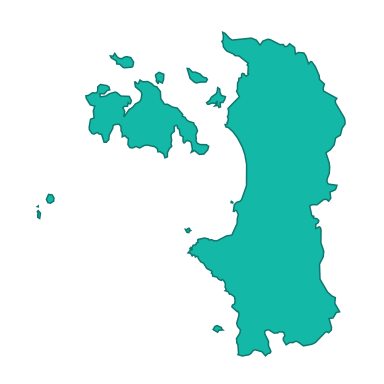 outline of Nha Trang, Khánh Hòa, Vietnam, rotated 183°
{"feature_id": "81297802B68033195953544", "entity_name": "Nha Trang", "entity_type": "district", "adm_level": 2, "iso_a3": "VNM", "parent_name": "Vietnam", "parent_adm1": "Khánh Hòa", "projection": "robinson", "projection_center": [109.244, 12.261], "detail": "fine", "context": "isolated", "style": "filled", "palette": "teal", "viewbox_px": 384, "rotation_deg": 183, "n_neighbors": 0, "source": "geoboundaries", "source_scale": "gbopen_adm2", "svg_char_len": 6017}
<svg xmlns="http://www.w3.org/2000/svg" viewBox="0 0 384 384"><g transform="rotate(183 192 192)"><path d="M169.7,353.1L168.8,349.1L168.9,345.0L170.1,344.0L168.7,341.9L168.3,338.7L166.4,336.3L164.4,334.4L158.2,332.2L156.2,330.5L152.2,330.3L142.6,323.5L143.6,321.7L142.4,320.8L142.4,313.5L141.6,312.7L143.8,310.5L145.8,311.7L146.1,312.7L147.7,313.1L148.6,312.2L148.6,308.9L151.2,307.9L151.1,306.0L152.2,303.0L152.0,297.0L152.8,294.9L149.6,289.6L160.4,277.3L159.6,274.2L159.8,270.6L160.6,269.2L159.6,266.8L159.9,264.1L160.7,263.3L160.3,262.2L161.0,261.2L162.5,261.1L161.6,258.8L159.0,258.2L154.1,254.2L149.1,248.1L144.0,239.4L141.1,232.0L138.9,222.4L137.9,201.1L142.1,186.9L143.8,185.1L146.8,184.1L149.1,181.5L149.7,174.9L149.0,174.7L147.6,176.0L146.5,175.7L144.6,172.0L145.4,167.5L145.3,162.8L150.0,151.0L155.1,150.0L164.4,144.6L167.1,144.4L170.1,145.4L172.5,145.0L173.2,146.0L177.0,146.7L183.4,145.0L183.9,144.3L183.4,142.1L184.9,141.4L185.6,139.4L188.1,138.9L189.1,136.7L188.9,135.2L190.3,136.4L190.8,135.5L189.8,135.1L189.8,134.3L190.9,134.9L190.6,133.8L192.8,131.0L190.3,130.8L188.5,128.2L187.7,129.5L185.8,128.5L185.2,127.2L183.9,128.1L182.8,127.7L182.1,125.8L179.7,122.8L176.6,121.4L173.2,116.4L168.3,114.1L167.9,113.1L168.4,112.0L167.4,111.4L166.9,109.0L162.7,108.4L161.0,106.4L158.2,105.2L157.2,106.2L155.8,105.3L154.4,103.4L153.7,100.6L154.1,99.0L152.6,96.3L153.8,95.2L150.4,94.2L149.2,91.8L148.0,92.1L144.1,89.6L143.3,85.7L143.6,82.4L145.7,81.2L146.2,79.4L140.5,74.8L139.7,75.2L139.0,73.6L138.6,71.7L140.5,63.2L139.4,60.1L136.5,57.0L136.8,53.5L139.9,48.0L139.2,43.1L138.2,42.1L137.1,33.5L137.6,32.0L133.1,30.9L126.8,32.4L124.8,33.7L122.6,36.9L120.8,37.8L113.7,36.1L110.0,32.2L108.0,34.4L105.3,35.5L104.9,37.0L107.6,42.5L107.8,46.9L112.0,54.3L112.0,56.9L109.7,58.3L107.7,58.2L102.8,55.4L99.1,55.7L97.6,57.0L93.2,56.8L91.7,53.4L93.2,50.9L93.0,48.7L90.0,44.3L86.4,46.9L83.5,46.8L80.4,48.4L78.4,47.9L72.6,44.2L64.4,46.2L61.0,48.1L51.5,58.9L50.0,59.6L48.2,58.6L45.7,61.3L45.5,63.8L48.5,72.8L44.6,73.6L41.6,79.2L38.3,80.1L43.6,88.3L43.3,94.0L47.3,95.7L51.5,99.3L59.6,111.6L60.9,126.6L57.6,134.1L57.3,139.7L60.6,147.9L61.2,161.2L61.9,163.1L63.1,163.9L66.5,162.0L66.7,166.1L64.2,168.2L63.9,170.2L65.9,171.9L69.2,172.3L69.7,173.0L69.1,174.1L71.1,174.6L73.7,184.1L71.6,185.6L66.4,185.8L60.1,191.4L57.2,191.7L55.1,190.0L53.1,193.0L54.2,199.2L49.6,201.3L48.5,202.7L47.6,206.3L55.6,207.0L56.7,207.4L57.8,209.5L57.7,212.3L55.9,217.8L55.8,223.8L56.5,228.2L60.3,238.2L56.0,241.5L52.5,246.5L51.4,253.5L46.8,256.5L45.4,263.6L42.7,268.0L43.1,271.9L44.1,274.5L53.1,288.0L53.8,290.5L52.3,293.1L65.9,299.7L66.5,302.4L65.4,306.7L70.5,311.0L71.1,314.9L75.5,323.8L79.2,328.3L80.3,328.5L82.3,326.1L85.4,333.8L87.6,336.7L93.2,336.9L95.9,335.1L97.1,341.7L102.3,345.2L104.2,342.7L106.9,342.0L108.6,344.1L112.0,343.8L121.9,348.3L124.4,348.5L129.1,346.4L131.7,342.2L135.7,347.0L140.7,348.8L159.9,345.8L162.8,347.6L167.4,352.2L169.7,353.1ZM226.0,230.6L222.2,228.3L220.8,224.7L218.4,225.8L218.6,230.0L216.8,234.3L214.6,236.5L215.6,239.1L215.0,242.3L216.0,247.3L215.4,249.2L212.8,251.7L213.3,256.5L211.2,257.8L210.1,257.1L209.9,255.2L208.0,253.9L206.8,248.2L203.8,246.7L203.6,242.2L202.9,240.7L202.2,240.6L199.9,243.2L196.9,242.6L195.4,241.3L193.8,234.5L194.8,231.6L191.6,233.5L186.7,229.9L182.1,230.5L178.6,234.8L177.7,238.4L180.1,240.0L186.5,239.8L189.3,241.0L190.7,243.2L190.5,245.9L191.3,249.0L189.7,253.3L191.3,257.2L193.3,259.2L193.9,261.1L199.3,262.5L201.3,263.8L202.8,266.2L205.6,267.0L205.3,268.9L211.2,275.1L216.1,275.8L220.9,278.3L224.1,278.2L228.1,283.6L228.8,290.6L232.7,295.2L235.5,295.8L237.9,298.1L242.0,300.0L246.9,299.5L249.9,301.1L251.1,297.4L252.8,297.5L254.2,299.0L255.0,298.8L254.0,294.1L248.2,289.7L247.2,287.1L247.7,282.0L249.1,279.4L253.1,277.0L255.7,273.4L259.1,271.0L263.5,263.9L264.0,264.3L263.4,269.0L265.5,272.6L263.8,274.1L260.9,274.2L260.4,277.9L259.1,276.8L258.1,277.0L257.3,280.0L259.7,284.2L268.1,284.1L272.1,287.2L273.9,287.8L279.7,285.8L283.0,283.3L288.5,282.2L289.3,285.4L284.8,285.4L282.1,288.8L279.5,289.7L280.3,292.4L282.6,293.8L289.1,294.6L291.6,292.1L291.5,287.8L292.5,286.0L296.8,285.8L300.4,283.1L303.0,282.5L302.5,280.0L298.2,273.7L293.6,272.6L294.8,267.8L293.6,260.8L297.1,259.4L298.1,251.5L297.7,248.7L294.9,245.2L292.9,244.7L289.7,246.6L287.7,245.0L285.3,244.9L282.4,237.1L280.1,237.2L277.8,240.0L277.7,244.5L274.5,251.4L274.3,254.1L272.9,255.2L268.7,256.0L266.4,253.9L266.0,249.3L264.6,246.9L264.6,243.4L261.6,244.8L260.0,242.8L258.3,242.2L258.5,236.1L256.4,233.1L253.4,232.9L250.4,234.6L246.6,233.2L242.3,235.9L239.2,236.6L231.3,235.2L228.8,233.3L228.1,230.3L226.0,230.6ZM265.9,312.5L258.7,313.5L257.7,314.4L257.1,318.6L260.2,323.0L264.3,323.8L266.9,323.0L268.8,321.5L271.5,321.6L273.7,322.9L276.4,326.4L277.9,323.5L280.7,323.6L279.5,321.6L274.4,319.0L273.8,315.9L270.8,315.8L267.5,312.9L265.9,312.5ZM170.7,279.9L169.5,277.8L168.0,278.4L168.6,282.7L165.8,283.0L164.3,285.8L163.6,289.0L167.7,289.9L169.2,292.8L169.8,296.4L171.8,297.6L172.2,293.3L173.0,291.4L177.7,287.6L179.2,284.3L182.1,282.0L181.1,280.5L179.9,280.4L176.8,281.8L173.3,281.9L171.7,283.4L171.7,281.7L173.8,279.1L170.7,279.9ZM195.4,301.8L193.5,301.1L188.7,302.3L183.9,302.5L182.5,305.1L183.6,306.7L186.9,307.3L190.3,310.3L195.0,311.9L197.8,311.7L201.4,315.1L203.3,315.1L199.8,305.3L195.4,301.8ZM233.5,300.8L231.7,298.6L231.2,298.8L231.3,301.0L227.4,299.2L226.3,302.6L226.3,308.1L231.2,309.8L234.2,307.5L234.6,306.2L233.3,303.1L233.5,300.8ZM332.8,173.4L329.7,175.6L329.5,178.8L331.6,181.8L335.1,182.1L337.0,177.0L335.4,173.9L332.8,173.4ZM163.7,55.7L159.1,53.3L157.9,55.4L153.9,55.8L155.0,56.6L155.6,58.2L160.0,59.9L162.1,58.9L163.7,55.7ZM344.6,165.4L345.4,164.4L344.5,161.8L345.0,161.0L344.7,158.6L342.7,157.6L342.2,162.9L344.6,165.4ZM195.0,151.5L193.1,151.2L192.5,152.8L191.2,153.4L192.3,154.2L192.6,155.4L193.4,155.7L195.2,154.2L196.7,154.4L195.0,151.5ZM152.2,184.7L152.5,183.5L150.8,183.1L150.6,183.8L152.2,184.7ZM344.8,170.0L345.7,169.3L344.7,169.1L344.8,170.0Z" fill="#14b8a6" stroke="#0f766e" stroke-width="1.5"/></g></svg>